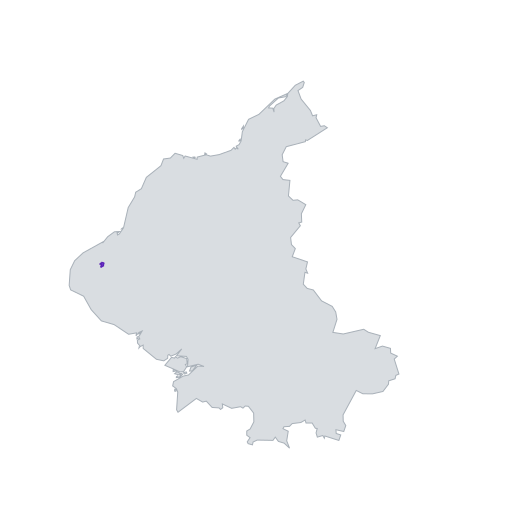 location of Tacaratu, Pernambuco, Brazil, rotated 198°
{"feature_id": "56859067B10052664253182", "entity_name": "Tacaratu", "entity_type": "district", "adm_level": 2, "iso_a3": "BRA", "parent_name": "Brazil", "parent_adm1": "Pernambuco", "projection": "mercator", "projection_center": [-38.018, -8.913], "detail": "fine", "context": "in_parent", "style": "filled", "palette": "violet", "viewbox_px": 512, "rotation_deg": 198, "n_neighbors": 0, "source": "geoboundaries", "source_scale": "gbopen_adm2", "svg_char_len": 4466}
<svg xmlns="http://www.w3.org/2000/svg" viewBox="0 0 512 512"><g transform="rotate(198 256 256)"><path d="M146.3,110.5L151.0,114.5L156.8,112.6L158.6,115.2L161.9,111.5L169.8,107.8L171.5,104.3L176.6,102.3L177.0,100.1L171.2,99.3L169.7,89.7L164.7,83.6L171.4,86.7L177.4,86.6L181.7,89.7L182.9,85.9L198.0,81.3L201.3,78.2L201.0,75.3L205.5,75.1L206.9,76.5L205.5,81.4L209.4,82.7L210.7,86.7L208.1,89.7L206.8,97.6L209.7,105.9L216.8,110.7L219.9,110.0L221.4,107.3L224.1,107.9L232.1,103.6L242.3,104.9L240.7,101.4L242.3,99.1L244.3,100.1L250.9,98.4L258.4,102.6L261.6,100.6L268.7,102.1L281.9,83.3L284.0,85.2L288.4,102.5L290.7,105.2L295.1,106.7L295.6,111.0L288.1,119.3L283.4,122.0L277.3,133.3L271.3,134.9L277.6,135.2L286.9,129.5L288.7,136.8L291.2,139.0L300.8,136.5L297.9,144.7L301.7,138.1L306.1,134.4L308.3,135.5L309.2,134.3L308.4,131.4L311.3,127.8L318.8,127.0L334.7,133.2L335.8,136.4L338.0,134.2L341.8,136.6L342.8,139.3L340.9,141.2L341.7,142.2L343.7,140.4L344.1,142.1L342.3,143.9L341.1,149.5L343.7,147.2L345.5,143.0L345.8,146.0L353.0,142.2L369.7,146.9L383.0,146.5L396.1,154.0L407.5,164.5L421.8,166.5L424.6,170.3L428.4,185.6L427.0,195.5L421.4,205.6L405.9,222.2L405.9,220.9L403.0,228.5L398.2,235.2L395.9,236.2L394.2,233.2L392.8,234.7L390.7,241.9L392.5,262.6L389.7,274.7L390.1,279.5L385.8,284.6L384.6,296.9L374.3,312.5L373.9,319.7L367.7,322.7L364.7,328.7L356.7,328.9L354.9,326.6L354.3,329.2L341.9,329.8L342.5,331.9L334.6,336.9L330.2,336.9L322.3,341.1L312.4,348.8L310.5,352.5L308.8,351.1L308.1,352.8L305.9,352.1L308.8,354.3L306.5,356.7L305.7,360.9L307.4,370.0L305.3,383.7L297.0,391.6L286.6,411.0L276.8,419.8L276.6,416.9L283.5,413.2L289.6,402.6L289.8,400.7L285.7,401.8L283.3,398.4L284.6,401.8L283.4,405.8L277.4,412.2L275.4,417.4L276.0,420.4L271.4,430.5L265.1,436.9L263.7,435.9L263.7,430.8L267.2,426.3L261.6,419.2L249.2,411.2L245.5,406.8L241.9,409.1L241.6,406.0L234.6,399.2L231.3,401.0L227.8,400.0L242.9,381.7L244.7,381.8L244.4,380.0L261.0,369.3L262.4,360.4L259.4,354.1L254.1,354.1L257.4,339.3L254.0,337.0L247.1,338.4L243.7,323.1L238.0,320.4L233.7,322.3L224.5,320.2L225.9,310.2L223.0,302.4L225.6,300.7L223.2,298.5L228.8,284.3L225.8,277.8L220.9,275.2L221.3,266.5L205.2,266.3L204.6,259.1L201.6,255.6L204.4,255.6L202.3,243.8L197.3,241.0L191.0,241.4L179.8,233.6L167.9,231.6L162.9,227.4L159.4,220.8L159.3,207.1L148.9,208.8L130.9,219.6L125.6,218.2L113.2,218.7L114.1,204.7L107.9,209.4L99.6,209.7L97.9,205.3L90.6,204.4L92.7,200.7L83.6,187.9L86.1,185.7L85.8,182.2L91.2,178.3L90.4,175.0L93.4,166.4L102.6,160.9L111.8,158.0L119.1,159.1L124.1,131.8L122.0,125.8L118.2,122.5L118.3,116.2L126.3,115.5L124.9,112.0L120.1,112.0L120.2,106.2L134.9,106.1L134.7,103.8L137.0,105.9L141.7,102.7L144.2,106.3L144.5,110.9L146.3,110.5ZM292.5,122.3L308.9,123.9L305.0,133.5L302.0,133.7L301.5,135.3L299.1,134.6L296.4,137.0L290.3,137.0L288.1,132.2L289.7,131.0L287.7,129.2L289.1,123.7L292.5,122.3ZM278.6,133.9L281.1,127.0L283.7,126.0L283.5,130.3L278.6,133.9ZM297.0,118.9L295.5,121.5L291.7,120.9L292.3,119.2L297.0,118.9ZM291.5,116.1L290.8,121.3L289.2,120.8L291.5,116.1ZM299.6,122.3L297.3,122.5L296.2,122.1L299.1,120.5L299.6,122.3ZM289.0,122.4L286.6,124.2L285.6,123.3L287.3,121.7L289.0,122.4ZM293.4,117.8L292.3,116.7L294.2,115.7L294.4,116.7L293.4,117.8ZM292.1,104.2L290.7,104.5L290.4,102.6L291.7,102.4L292.1,104.2ZM308.1,375.7L307.6,373.8L308.7,372.0L309.0,372.5L308.1,375.7ZM336.1,336.2L336.4,338.3L334.7,337.8L336.1,336.2ZM307.2,362.2L306.5,361.1L307.6,359.9L307.9,360.4L307.2,362.2ZM343.3,146.0L342.2,148.0L343.3,145.2L343.3,146.0ZM395.0,236.5L393.4,237.1L394.4,235.5L395.0,236.5ZM346.4,330.6L344.7,331.3L344.3,330.9L345.4,329.9L346.4,330.6ZM392.3,240.2L391.7,241.3L391.3,240.6L392.3,240.2ZM338.9,132.4L339.0,133.5L338.5,133.3L338.9,132.4Z" fill="#d9dde1" stroke="#a8b0b8" stroke-width="1"/><path d="M399.7,198.0L399.4,198.2L399.1,198.5L398.2,199.5L398.3,199.6L398.4,199.8L398.4,200.0L398.5,200.3L398.4,200.5L398.5,201.4L398.5,201.7L398.5,201.8L398.5,202.1L398.9,202.2L399.0,202.2L399.4,202.3L399.5,202.3L399.8,202.3L400.0,202.2L400.3,202.1L400.5,202.1L400.5,201.9L400.7,201.7L400.8,201.6L400.9,201.4L401.0,201.3L401.1,201.2L401.3,201.1L401.3,200.9L401.5,200.8L401.6,200.7L401.7,200.4L401.8,200.3L401.8,200.2L401.6,200.2L401.6,200.3L401.4,200.4L401.2,200.4L401.2,200.5L400.9,200.7L400.8,200.8L400.7,200.8L400.4,200.8L400.3,200.7L400.2,200.4L400.2,199.9L400.2,199.1L400.2,198.2L400.2,197.9L400.1,197.7L399.9,197.7L399.9,197.8L399.8,198.0L399.7,198.0L399.7,198.0Z" fill="#8b5cf6" stroke="#5b21b6" stroke-width="1.5"/></g></svg>